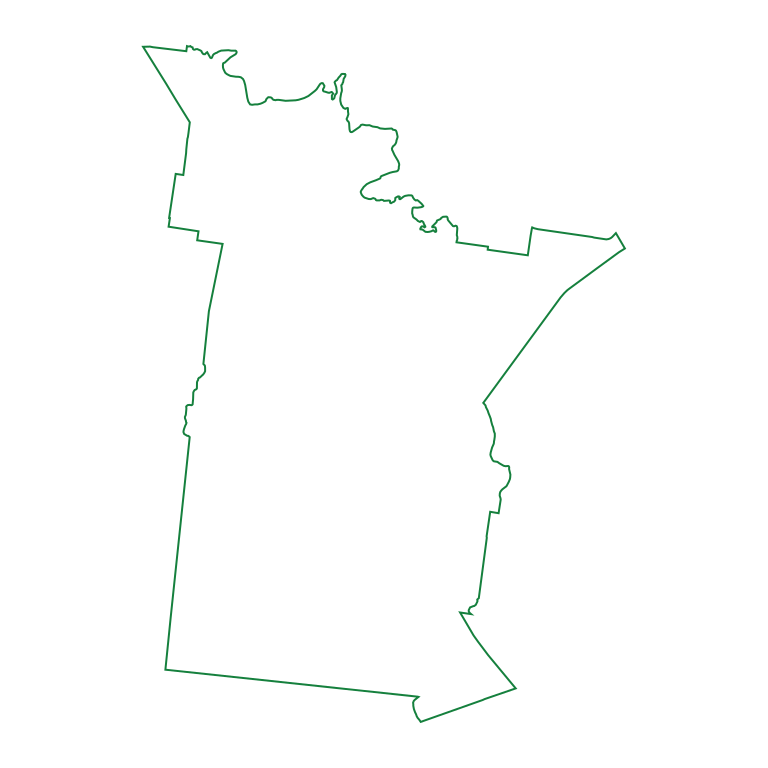 Brimbank, Victoria, Australia (Albers equal-area conic projection)
{"feature_id": "25037944B23246777843178", "entity_name": "Brimbank", "entity_type": "district", "adm_level": 2, "iso_a3": "AUS", "parent_name": "Australia", "parent_adm1": "Victoria", "projection": "albers", "projection_center": [144.807, -37.743], "detail": "fine", "context": "isolated", "style": "outline", "palette": "green", "viewbox_px": 768, "rotation_deg": 0, "n_neighbors": 0, "source": "geoboundaries", "source_scale": "gbopen_adm2", "svg_char_len": 6003}
<svg xmlns="http://www.w3.org/2000/svg" viewBox="0 0 768 768"><path d="M624.9,248.5L615.9,233.1L612.2,237.0L610.6,238.2L608.7,239.0L606.3,239.4L594.2,237.6L592.1,237.0L538.0,229.2L534.3,228.3L532.2,227.4L531.9,228.4L530.6,235.8L527.8,255.3L487.7,249.7L488.0,246.7L456.5,242.3L456.7,240.9L457.2,239.9L457.2,238.8L457.4,238.5L457.3,236.8L456.8,235.1L457.3,228.5L457.2,227.6L456.8,226.3L456.5,226.0L455.6,225.7L454.0,226.3L453.0,226.1L448.2,220.4L447.7,219.4L447.7,218.4L447.3,217.3L446.9,216.8L446.3,216.6L443.1,216.8L441.3,217.9L440.7,218.8L440.2,219.2L437.1,220.5L436.8,221.0L436.7,221.8L436.2,222.5L432.3,226.4L432.2,227.0L432.4,227.2L434.8,227.2L435.5,227.6L436.2,230.2L436.2,231.3L435.7,231.9L434.8,231.7L433.5,230.4L432.9,230.4L431.5,231.2L429.3,231.8L427.5,232.0L425.4,231.8L422.6,229.6L420.4,229.3L420.3,228.7L420.9,227.4L421.3,226.8L421.8,226.4L423.0,226.4L424.6,227.3L425.3,226.8L425.3,226.4L423.9,223.9L423.3,222.2L422.0,221.1L421.2,221.0L420.4,221.8L419.8,221.9L417.8,220.9L416.6,219.6L413.5,217.4L413.0,216.6L412.5,214.2L412.2,213.7L412.2,211.9L412.4,209.6L412.6,208.4L413.0,207.8L413.9,207.5L417.4,207.7L421.1,207.2L422.4,206.8L423.2,206.3L423.3,206.0L421.6,203.8L418.3,200.8L417.1,200.1L415.9,200.5L414.5,199.6L413.1,197.7L412.3,195.9L411.6,195.4L408.5,195.3L405.1,195.9L403.6,196.6L400.4,199.1L399.6,199.1L399.3,198.8L399.2,198.0L399.6,197.4L399.7,196.9L398.9,196.4L398.0,196.4L396.1,197.4L395.3,198.0L395.2,200.3L394.0,201.7L392.5,202.3L391.0,203.2L390.3,202.9L390.0,202.1L390.0,200.9L389.8,200.7L388.8,200.5L384.0,200.9L383.2,200.2L381.7,199.8L380.8,199.9L379.6,200.4L376.7,200.4L376.0,200.1L375.4,199.0L374.8,198.6L373.2,198.1L370.8,199.1L368.7,199.0L364.5,197.6L363.2,196.5L361.7,194.7L360.8,192.5L360.8,191.4L362.1,189.2L362.4,189.0L363.6,187.1L366.7,184.2L370.3,182.3L375.8,180.3L380.0,178.5L380.3,178.2L380.7,176.9L381.2,176.2L382.1,175.8L389.8,172.8L392.8,172.0L396.8,171.3L398.0,170.5L398.4,169.7L398.8,168.5L398.8,166.8L399.1,165.6L399.2,164.4L399.0,163.4L398.1,161.1L394.4,154.8L392.5,150.6L392.2,150.2L391.9,148.5L392.6,147.0L393.1,146.2L394.6,145.0L395.7,143.5L396.3,141.9L396.5,140.4L397.5,137.5L397.6,136.6L396.6,132.1L396.0,130.7L395.4,130.2L392.7,129.6L392.3,128.9L391.6,128.5L385.0,128.9L380.1,128.4L377.5,127.2L372.6,126.5L369.5,125.2L366.2,125.3L362.6,124.6L361.3,124.9L360.9,125.1L360.0,126.5L358.9,127.4L352.5,131.8L351.7,132.1L350.7,132.0L350.2,131.5L349.9,131.0L349.5,129.2L349.1,123.2L348.5,121.7L347.5,120.8L346.7,119.4L346.7,118.6L347.3,117.5L348.4,114.2L348.0,111.6L347.9,108.2L347.6,108.0L346.2,108.3L345.6,108.8L344.9,108.7L343.4,107.9L341.2,104.6L340.3,100.9L340.3,98.3L341.2,93.0L341.6,92.0L341.9,90.6L341.8,88.9L341.3,85.3L342.3,84.1L342.6,83.0L343.1,82.3L343.7,78.8L345.2,76.4L345.5,74.8L345.0,74.0L342.1,73.9L341.2,74.4L340.3,75.8L338.7,77.5L337.0,80.1L336.0,80.6L334.8,81.8L334.6,82.4L336.2,87.1L336.8,91.6L336.8,92.4L336.6,93.2L335.0,95.2L334.3,98.1L333.7,98.8L332.9,99.4L332.6,99.5L331.9,99.0L331.9,95.4L333.2,93.6L331.9,92.1L331.5,92.0L329.3,92.8L328.2,92.7L325.1,91.7L323.8,91.4L323.3,91.0L323.0,90.5L323.0,89.3L324.2,87.1L324.4,85.8L322.8,83.2L321.8,83.1L320.6,83.6L319.9,84.3L316.6,89.3L314.8,91.0L308.4,96.0L304.3,98.0L302.1,98.7L298.5,99.8L295.6,100.3L285.6,100.8L279.0,99.9L276.6,99.9L275.6,100.2L273.4,99.8L272.5,99.0L271.8,98.0L270.8,97.4L268.5,97.2L268.0,97.4L266.3,99.2L265.7,100.9L265.1,101.5L262.5,102.9L260.5,103.7L257.6,104.4L254.9,104.4L252.1,104.8L250.1,104.4L248.3,101.6L247.3,97.8L245.2,85.0L244.0,80.9L243.0,79.0L240.9,77.3L240.1,77.1L238.6,76.8L235.8,76.7L230.4,75.9L228.7,75.1L226.7,74.0L225.2,72.7L223.5,69.2L223.0,67.5L222.9,65.3L223.1,63.6L223.4,63.1L224.8,62.6L230.5,57.3L235.6,54.2L236.2,53.4L236.6,52.5L236.6,51.9L236.2,51.1L235.6,50.7L231.5,50.7L228.4,50.2L221.2,50.6L218.4,51.7L216.7,52.8L215.7,53.1L213.9,54.1L213.0,55.1L211.9,57.7L211.1,58.1L210.3,57.7L207.2,52.2L206.4,52.7L205.0,54.2L203.8,54.2L203.1,53.9L202.0,52.5L201.4,51.1L200.5,50.5L197.3,49.1L195.8,49.2L194.8,49.7L193.7,49.6L192.9,48.9L192.6,47.4L191.2,46.9L190.4,46.1L189.5,46.4L188.1,46.5L187.0,46.1L186.3,51.2L152.9,47.2L150.0,46.6L143.1,46.8L166.2,83.8L175.7,99.6L189.8,122.3L188.5,132.8L187.9,137.1L187.4,138.7L186.3,149.3L186.1,153.1L183.3,175.0L175.7,173.9L169.1,218.0L169.9,218.1L168.6,226.7L198.5,231.3L197.2,240.3L222.6,243.9L208.9,311.2L203.4,363.9L203.5,364.2L204.6,365.2L204.9,365.8L205.1,367.7L205.1,371.2L204.4,372.7L203.3,374.3L199.9,377.5L199.0,377.8L198.2,378.8L198.1,379.9L197.3,381.3L197.0,382.3L196.9,388.3L196.4,389.2L194.7,390.0L193.9,391.1L193.3,392.4L193.1,399.1L192.6,404.4L192.0,405.0L191.5,405.2L189.4,404.9L187.8,405.1L186.7,405.9L186.2,406.6L186.4,408.7L186.1,411.8L185.8,414.9L184.9,417.0L185.0,418.3L185.9,420.7L186.1,422.2L186.5,422.8L186.1,424.1L185.3,425.5L184.0,429.1L183.5,431.2L183.5,432.3L184.2,434.0L187.2,435.8L188.4,435.9L189.7,437.1L170.8,616.3L165.4,669.7L417.9,696.7L418.5,696.9L414.7,699.9L413.8,700.9L413.1,702.7L413.3,704.4L413.3,705.8L413.9,709.0L415.0,712.1L416.1,714.4L416.7,716.2L417.6,717.8L419.4,719.9L420.7,721.9L482.7,700.0L484.6,699.1L515.7,688.4L488.2,655.2L478.1,641.8L473.6,635.5L460.1,612.5L471.1,614.1L469.9,613.1L468.9,611.7L468.7,610.9L468.8,610.0L470.1,607.4L473.4,606.1L474.2,606.0L475.8,604.8L477.4,601.5L477.5,600.6L477.2,599.9L477.4,599.4L478.8,598.2L486.8,537.8L486.6,536.3L490.2,511.8L498.6,513.2L500.7,499.6L500.5,498.2L499.7,495.8L499.8,493.7L500.2,492.1L501.1,490.7L502.4,489.3L506.3,486.3L506.7,485.8L508.8,481.8L509.9,479.1L510.2,477.4L510.4,474.6L509.1,469.1L509.2,467.2L508.9,466.4L508.2,466.0L505.6,466.2L503.7,465.8L499.2,463.2L497.5,461.9L493.9,461.3L492.9,460.5L492.4,459.7L490.7,456.0L490.4,454.7L490.7,452.5L492.1,447.5L493.7,443.9L493.9,443.0L494.0,441.3L494.3,440.1L494.8,436.5L494.8,433.6L493.9,431.2L493.1,427.2L492.2,425.0L491.1,420.9L490.8,419.0L489.9,416.5L488.5,413.1L487.7,410.6L485.9,407.1L485.7,406.0L485.4,405.3L483.3,402.9L560.6,297.4L564.4,293.0L567.3,290.2L569.8,288.3L597.1,268.2L619.0,252.2L624.9,248.5Z" fill="none" stroke="#15803d" stroke-width="2"/></svg>